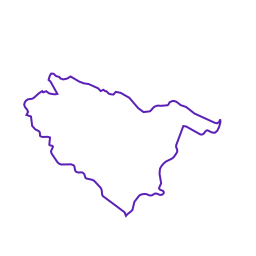 map outline of Doubs (Albers equal-area conic projection), rotated 247°
{"feature_id": "FRA-5287", "entity_name": "Doubs", "entity_type": "Metropolitan department", "adm_level": 1, "iso_a3": "FRA", "parent_name": "France", "parent_adm1": "", "projection": "albers", "projection_center": [6.359, 47.06], "detail": "fine", "context": "isolated", "style": "outline", "palette": "violet", "viewbox_px": 256, "rotation_deg": 247, "n_neighbors": 0, "source": "natural_earth", "source_scale": "10m", "svg_char_len": 2142}
<svg xmlns="http://www.w3.org/2000/svg" viewBox="0 0 256 256"><g transform="rotate(247 128 128)"><path d="M195.5,63.4L194.0,63.8L193.8,67.1L190.7,68.9L189.0,71.3L187.5,74.0L187.0,76.3L201.1,74.8L203.3,73.7L205.1,75.1L206.9,76.7L208.1,78.5L207.2,80.4L206.1,81.2L204.9,81.5L203.7,82.3L201.9,84.6L201.3,84.9L200.2,85.0L198.0,87.4L197.3,91.0L197.8,95.3L189.7,101.3L186.3,104.9L184.0,108.7L183.8,109.0L176.2,116.0L172.7,117.3L172.8,120.3L171.1,121.2L170.7,121.5L170.2,122.6L167.2,123.7L166.1,124.8L164.5,127.6L166.0,130.9L163.3,134.9L155.3,141.0L142.4,145.1L136.6,148.5L134.8,154.6L135.3,156.2L136.9,159.3L137.3,161.2L137.1,163.7L136.7,164.8L136.4,165.3L135.6,166.9L133.7,172.6L133.5,173.4L133.9,174.4L134.5,175.3L135.4,176.3L135.5,179.2L135.0,180.7L133.7,182.4L132.4,183.3L128.4,185.5L125.2,189.1L124.0,190.1L115.4,194.8L99.1,209.7L97.5,211.8L97.9,214.1L99.9,216.4L97.2,215.3L93.5,212.4L90.5,209.0L89.7,206.0L90.5,204.5L91.3,203.3L94.8,200.3L95.0,199.6L94.8,198.2L93.3,195.7L93.0,194.3L93.3,192.9L94.0,191.9L106.6,182.2L108.2,179.7L93.3,165.6L91.9,164.9L89.0,164.8L87.6,164.4L86.4,163.5L83.6,159.3L82.7,156.9L82.3,149.9L81.6,147.5L80.4,144.9L79.0,142.7L77.5,141.2L73.4,139.1L64.1,136.9L61.5,134.0L60.1,132.9L58.6,133.4L56.5,135.6L55.6,135.9L54.7,135.8L53.9,135.1L53.4,134.0L53.4,132.6L53.9,131.3L55.9,129.3L56.8,128.2L57.1,127.0L56.7,123.8L57.1,122.3L57.8,121.2L59.7,119.4L60.5,118.1L61.1,116.6L61.5,115.0L61.6,113.2L61.4,111.9L57.6,105.1L50.9,100.1L50.2,98.7L48.9,93.8L47.9,91.8L51.8,91.9L75.1,78.3L76.5,78.1L81.0,79.5L83.5,79.5L92.7,76.2L94.5,74.6L97.5,70.3L98.5,69.4L102.4,69.7L103.8,69.3L104.5,68.9L105.1,68.2L105.5,67.5L106.3,65.1L106.7,64.5L107.9,63.2L108.4,62.9L110.0,62.8L113.3,63.6L114.9,63.4L116.8,61.4L120.5,52.2L122.1,50.6L124.0,49.7L134.3,47.7L136.3,47.9L137.4,48.7L139.3,50.9L140.4,51.7L141.1,51.3L142.6,49.4L143.3,49.0L149.7,52.5L151.2,50.8L153.2,45.7L154.7,44.1L155.6,44.1L158.0,45.0L159.2,45.0L160.2,44.5L163.0,42.1L167.4,40.6L176.5,43.2L179.7,39.6L181.8,42.3L184.4,42.3L187.3,41.4L190.0,41.5L191.7,42.8L193.0,44.6L193.5,46.9L192.4,51.2L192.5,52.9L194.8,59.6L195.5,63.4Z" fill="none" stroke="#5b21b6" stroke-width="2"/></g></svg>